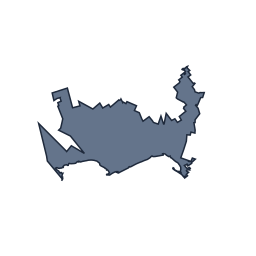 Puerto Peñasco, Sonora, Mexico (Albers equal-area conic projection), rotated 322°
{"feature_id": "50627088B70846464748232", "entity_name": "Puerto Peñasco", "entity_type": "district", "adm_level": 2, "iso_a3": "MEX", "parent_name": "Mexico", "parent_adm1": "Sonora", "projection": "albers", "projection_center": [-113.36, 31.53], "detail": "fine", "context": "isolated", "style": "filled", "palette": "slate", "viewbox_px": 256, "rotation_deg": 322, "n_neighbors": 0, "source": "geoboundaries", "source_scale": "gbopen_adm2", "svg_char_len": 5470}
<svg xmlns="http://www.w3.org/2000/svg" viewBox="0 0 256 256"><g transform="rotate(322 128 128)"><path d="M212.9,116.1L211.9,115.8L209.0,116.2L208.9,115.5L207.8,115.5L207.8,115.0L206.7,115.0L206.7,115.5L207.4,115.5L207.5,116.6L208.0,116.7L208.0,119.0L206.7,119.0L206.7,120.6L205.5,120.6L205.4,119.0L202.1,119.0L202.1,121.3L197.6,121.3L197.6,123.3L196.4,124.0L189.2,124.0L189.2,129.6L189.2,130.3L184.6,133.9L184.9,135.6L187.1,140.5L187.3,140.8L187.3,141.2L187.5,141.5L187.9,141.6L188.0,141.7L188.3,145.6L188.3,145.8L184.9,145.9L184.9,146.2L183.8,146.8L183.9,150.4L175.5,150.5L174.9,154.6L170.4,154.0L170.6,149.6L167.0,148.9L167.1,140.0L159.0,147.0L158.5,146.7L161.3,138.9L154.2,143.5L152.1,140.3L151.5,139.2L151.7,137.0L151.6,132.1L144.0,131.9L144.4,129.6L146.3,122.9L143.8,118.2L148.4,115.7L143.4,106.6L141.4,107.5L140.1,104.4L139.5,104.7L140.3,100.8L139.5,101.2L138.8,101.0L138.0,100.7L138.0,100.2L127.0,100.7L127.3,97.6L120.4,96.7L121.1,91.0L112.0,91.4L105.6,76.6L103.8,81.0L97.3,78.2L96.8,77.9L104.8,59.2L89.8,53.7L86.5,60.8L90.1,61.0L93.3,62.3L92.9,62.6L91.8,65.7L88.3,64.8L87.2,67.8L86.1,67.6L85.9,68.3L82.3,80.5L80.0,82.5L74.8,86.7L72.0,87.0L77.7,98.9L77.7,100.0L78.0,121.2L72.4,107.1L65.2,108.8L65.2,108.6L60.4,69.4L46.6,99.9L44.1,104.4L44.8,127.7L44.0,128.2L43.2,128.6L44.1,128.4L45.2,127.9L45.8,127.2L45.8,126.9L46.0,126.6L46.2,126.4L45.8,126.1L45.8,125.9L46.2,125.4L47.1,124.6L47.8,124.1L48.6,123.7L48.0,123.5L48.0,123.4L48.3,123.2L48.2,123.1L48.1,122.8L48.0,122.5L48.1,122.1L48.0,121.9L47.3,121.7L46.7,121.7L46.6,121.0L46.8,120.8L46.7,120.6L46.6,120.4L46.6,120.1L46.7,119.9L46.9,119.7L46.9,119.3L46.8,119.1L46.4,118.0L46.2,117.3L46.2,116.6L46.1,116.2L46.0,115.7L46.1,115.0L47.6,115.4L47.7,115.7L47.9,115.9L48.0,116.0L48.1,116.4L48.2,116.8L48.4,116.9L48.7,117.2L48.9,117.4L49.1,117.5L49.3,117.7L49.9,117.8L50.1,118.1L50.4,118.3L50.5,118.3L50.9,118.6L51.4,118.7L52.0,118.8L52.2,119.0L52.5,119.2L52.9,119.1L53.0,119.0L53.1,118.4L54.9,118.1L57.1,119.2L57.2,120.0L57.5,120.4L57.9,120.6L58.3,120.3L58.9,120.0L59.4,119.6L59.8,119.6L61.0,121.0L63.5,122.7L64.4,123.2L65.0,123.5L65.3,123.5L65.9,123.5L66.6,123.4L66.8,123.3L68.0,123.6L67.8,123.9L67.8,124.1L68.1,124.3L68.4,124.5L68.9,124.3L69.0,124.5L69.3,124.7L69.2,124.9L69.3,125.1L69.4,125.3L70.0,125.7L71.6,126.3L74.7,127.9L75.2,128.2L77.0,129.0L78.3,129.9L79.2,130.5L80.1,131.3L81.4,132.6L82.3,133.9L82.7,134.3L83.0,134.7L83.4,135.9L83.4,136.1L83.5,136.8L83.9,137.9L83.8,138.1L83.8,138.4L83.7,138.8L83.2,139.5L83.1,139.9L83.1,140.0L83.2,140.7L83.7,141.9L84.8,144.2L85.1,145.3L85.3,145.5L85.1,145.9L85.5,146.6L85.8,147.4L85.8,147.6L85.7,147.7L85.4,148.0L85.6,148.1L85.8,148.1L86.0,148.5L86.1,149.0L86.1,149.6L86.1,150.1L85.9,150.8L85.7,151.5L85.8,151.7L85.1,152.1L84.7,152.0L84.4,152.0L84.1,152.2L83.7,152.0L83.4,151.7L83.0,151.4L82.8,151.4L82.5,151.6L82.4,151.6L82.3,151.8L82.5,152.0L83.1,152.3L83.1,152.5L83.3,152.7L83.8,153.0L84.0,153.3L84.3,153.5L84.6,153.8L84.8,153.8L85.4,153.9L85.6,153.9L86.1,153.9L86.3,153.9L86.8,153.9L89.3,154.3L90.7,154.6L91.6,155.0L92.0,155.2L92.6,155.7L92.6,155.8L92.6,156.4L92.7,156.5L92.8,156.5L92.9,156.2L93.2,156.2L93.2,156.3L93.2,156.7L92.9,156.8L92.6,156.6L92.4,156.6L92.3,156.4L92.2,156.4L92.3,156.5L92.2,156.6L92.3,157.0L92.5,157.3L93.0,157.7L93.8,157.7L103.9,159.7L104.2,159.6L104.5,159.5L104.6,159.3L105.3,159.3L105.5,159.8L106.1,160.2L106.6,160.3L110.0,160.9L112.2,161.3L113.8,161.7L117.1,162.6L117.8,162.9L120.6,163.6L122.2,164.1L123.9,164.7L124.5,164.8L124.8,164.8L125.4,164.8L125.6,164.9L126.9,164.9L127.3,165.0L127.7,165.0L127.9,164.9L128.1,164.8L128.2,164.7L129.7,164.8L129.8,165.4L130.2,166.0L131.7,167.1L134.5,168.6L135.2,169.0L137.6,170.2L139.1,171.0L139.3,170.8L139.6,170.4L139.6,169.7L140.2,170.0L141.2,171.3L141.5,172.3L141.5,173.1L141.9,174.0L142.1,174.6L142.5,175.6L143.0,175.8L143.8,176.1L143.4,176.5L143.6,177.3L143.4,177.7L143.6,177.9L143.8,178.2L144.0,179.4L144.3,180.8L144.4,181.5L144.5,182.2L144.8,183.3L145.0,183.9L145.1,184.5L145.5,185.1L145.8,186.1L145.9,187.6L145.7,188.1L145.8,188.8L145.7,189.5L145.7,189.9L145.5,190.3L145.5,191.1L144.8,192.2L143.9,193.4L143.1,193.7L142.5,194.7L142.3,195.9L142.0,195.7L141.7,195.2L141.5,194.1L141.0,193.7L141.1,193.3L140.6,193.1L139.5,190.8L139.0,189.4L139.4,187.7L139.1,187.1L138.8,187.2L138.6,187.3L138.4,187.5L138.3,187.9L138.5,188.6L138.7,189.5L139.1,190.7L139.9,192.5L140.2,193.4L140.7,194.8L141.3,196.6L141.5,197.1L141.7,198.2L141.7,198.7L141.8,199.1L141.7,199.9L141.8,200.6L141.8,201.5L141.8,199.4L142.0,201.2L141.9,202.3L142.9,202.3L142.9,201.2L143.5,201.1L143.6,202.3L145.5,202.3L145.4,200.5L148.5,200.2L148.0,199.1L147.8,199.0L147.6,198.3L147.8,197.5L148.2,197.4L148.9,197.6L149.8,198.1L150.4,198.7L150.5,198.9L150.9,199.1L150.9,198.2L152.2,198.2L152.2,196.9L150.5,196.5L149.6,196.2L149.5,195.0L149.4,194.5L149.4,192.2L151.8,192.8L152.3,192.8L152.3,194.0L151.7,194.0L151.7,194.7L156.4,195.1L156.7,194.4L161.9,194.0L160.2,191.3L156.9,193.1L156.1,191.7L155.5,192.1L155.1,191.5L155.7,191.1L151.2,184.0L158.6,179.3L165.9,174.3L170.2,169.6L172.7,171.9L175.1,170.0L177.6,173.2L179.6,171.0L183.2,164.4L184.2,165.0L186.0,162.8L193.3,160.9L195.4,155.5L195.2,151.7L196.1,151.5L196.3,152.9L197.4,152.5L204.0,148.8L205.6,149.9L208.9,147.7L209.9,147.0L207.6,145.3L206.6,144.4L205.3,144.2L203.1,140.8L204.0,138.6L204.0,135.0L208.2,134.1L208.0,133.4L206.8,132.9L206.7,124.7L210.1,124.8L210.1,120.6L211.7,120.7L211.8,120.7L212.1,120.7L211.6,116.8L212.9,116.1Z" fill="#64748b" stroke="#1e293b" stroke-width="1.5"/></g></svg>